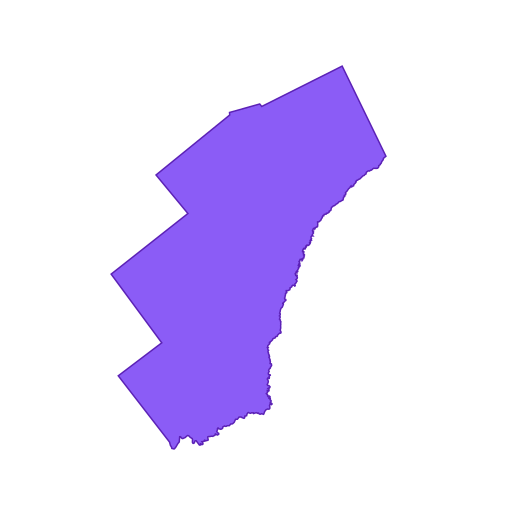 outline of La Paz, Mendoza, Argentina, rotated 52°
{"feature_id": "61730980B24308348826219", "entity_name": "La Paz", "entity_type": "district", "adm_level": 2, "iso_a3": "ARG", "parent_name": "Argentina", "parent_adm1": "Mendoza", "projection": "orthographic", "projection_center": [-66.916, -33.675], "detail": "fine", "context": "isolated", "style": "filled", "palette": "violet", "viewbox_px": 512, "rotation_deg": 52, "n_neighbors": 0, "source": "geoboundaries", "source_scale": "gbopen_adm2", "svg_char_len": 6153}
<svg xmlns="http://www.w3.org/2000/svg" viewBox="0 0 512 512"><g transform="rotate(52 256 256)"><path d="M181.1,381.3L266.4,383.7L265.6,438.3L349.4,438.7L352.7,440.1L354.4,440.2L355.8,440.8L357.6,439.4L357.7,438.8L357.2,436.7L355.7,433.0L355.3,431.0L351.4,427.4L351.6,427.0L352.1,426.7L353.3,426.8L354.3,426.6L354.8,426.1L355.5,423.3L355.3,422.4L355.3,420.5L356.2,419.7L358.4,419.5L360.6,418.7L361.5,419.0L363.6,420.8L364.8,421.0L365.2,420.6L365.3,419.6L364.2,418.1L364.4,417.3L364.7,416.9L370.1,417.0L370.9,415.9L370.7,415.5L370.0,415.5L369.8,415.3L371.5,414.4L371.5,413.5L370.6,413.0L369.0,412.9L369.6,412.1L369.7,411.3L370.3,410.5L369.5,410.0L369.5,409.8L370.8,409.2L371.6,407.3L371.5,406.9L369.0,405.6L368.8,405.2L369.3,404.1L369.9,403.6L370.4,402.3L371.6,401.0L371.6,400.2L372.0,398.9L371.9,398.5L371.2,397.7L371.3,397.4L372.4,397.2L373.4,396.5L373.5,395.3L373.4,394.9L372.7,394.6L372.1,394.9L370.2,395.0L369.1,393.3L368.4,392.8L368.1,391.8L368.5,391.6L369.1,391.8L370.9,390.4L371.2,389.4L371.2,388.4L370.3,387.5L370.5,385.6L371.5,384.9L371.9,384.3L372.0,383.2L373.3,381.4L372.8,379.4L373.7,378.1L373.8,377.4L373.6,375.5L372.1,372.7L373.2,371.1L372.5,368.5L373.7,366.9L374.1,366.6L374.6,366.6L376.5,365.4L376.6,364.9L375.8,363.7L375.3,363.4L376.1,361.7L375.1,360.6L374.5,358.8L374.6,358.4L376.1,357.6L376.7,357.0L376.8,356.0L377.9,354.7L378.2,355.0L378.6,355.0L379.6,352.3L380.9,351.6L380.9,351.0L382.7,350.6L383.5,349.7L383.6,348.8L385.4,347.5L384.8,346.3L384.0,345.1L383.3,343.0L383.7,341.1L384.7,340.1L384.7,339.1L383.6,338.1L382.1,337.4L381.4,336.1L382.6,335.5L382.6,334.9L382.5,334.4L381.6,334.4L380.5,335.2L380.1,334.8L380.1,334.2L379.8,333.6L379.1,333.1L377.9,333.4L377.1,332.5L376.4,333.2L375.9,333.4L375.7,333.1L376.0,332.1L375.8,331.7L375.4,331.5L374.4,331.8L374.1,332.2L374.1,333.0L373.3,333.0L373.1,332.7L372.2,332.2L371.3,332.6L370.8,332.6L370.6,330.9L369.1,330.0L369.3,329.7L369.9,329.7L370.2,329.3L370.2,328.7L369.7,328.6L368.6,327.4L367.8,328.3L367.7,327.8L368.2,326.1L367.6,325.4L367.0,325.5L366.1,325.6L365.3,326.4L364.3,326.4L363.0,324.1L362.4,323.5L361.0,322.9L360.4,323.1L359.8,322.7L359.4,321.6L359.9,321.1L360.4,321.2L360.6,320.9L359.8,320.1L359.0,319.9L358.7,319.5L358.8,318.2L358.3,318.0L357.0,319.0L355.8,318.4L355.1,316.7L353.8,316.4L353.1,314.7L353.3,314.2L353.0,313.5L352.6,313.2L351.9,311.1L350.5,310.3L349.4,311.1L348.1,309.7L347.0,309.4L346.9,309.0L346.3,308.7L345.5,308.7L344.9,308.2L343.9,308.2L343.5,307.2L342.7,307.2L342.4,306.6L340.7,306.4L340.2,305.8L338.9,305.6L338.1,304.6L338.0,304.1L337.1,304.3L336.2,303.9L335.9,303.3L335.2,303.3L335.4,302.7L334.8,302.8L333.9,301.9L333.5,299.2L333.2,298.9L332.6,298.9L332.4,298.5L332.7,297.9L332.3,297.4L332.5,296.8L332.4,295.7L332.2,294.5L331.6,293.6L331.8,292.6L332.3,291.6L332.2,291.0L331.7,290.4L331.8,289.7L332.3,288.9L332.2,288.3L331.6,287.7L331.4,286.0L331.4,284.7L332.0,284.1L331.9,283.8L331.4,283.1L329.4,282.6L328.0,280.9L325.7,279.2L325.1,278.5L323.9,277.8L323.4,277.1L323.0,276.8L322.0,276.8L321.4,276.2L320.2,276.4L319.1,274.6L318.3,274.2L317.6,274.4L317.3,273.3L316.8,272.7L316.2,272.4L315.6,272.6L314.6,271.1L313.6,270.1L312.6,268.5L312.5,266.8L312.1,266.1L310.9,264.1L310.6,263.9L309.9,264.2L309.7,264.0L309.6,262.1L309.3,261.1L309.4,259.9L308.9,259.7L308.8,259.4L308.5,259.3L307.6,259.9L306.7,259.4L306.3,258.5L305.2,257.4L304.8,256.7L303.7,255.8L303.6,255.2L303.9,254.7L303.6,254.1L302.2,253.8L301.9,253.5L302.9,252.2L303.4,250.2L302.7,249.2L302.1,249.0L302.3,246.9L301.7,246.2L301.9,245.5L301.7,244.9L302.8,243.9L303.5,244.0L303.6,243.5L303.3,243.2L302.8,243.2L302.0,242.5L301.8,240.9L301.3,240.2L301.2,239.3L300.2,238.8L299.2,239.1L298.9,237.2L298.2,236.5L297.3,236.5L297.1,235.9L296.5,235.4L296.2,235.6L296.1,236.5L295.8,236.7L295.3,236.2L294.5,236.2L294.0,235.9L293.8,235.1L294.5,234.3L293.1,233.8L293.2,233.5L294.0,233.0L294.0,232.7L293.0,232.5L293.1,232.2L292.3,231.2L292.2,230.4L291.4,229.2L291.1,229.3L291.2,227.9L290.8,227.6L290.4,226.9L289.7,226.8L290.3,227.7L290.2,228.1L289.5,228.5L288.6,227.0L288.7,225.9L286.8,225.5L286.7,225.0L287.0,224.8L286.8,224.2L286.2,224.0L285.8,223.3L286.4,222.6L286.4,222.0L286.6,221.7L287.1,222.3L288.0,222.6L287.6,221.3L286.7,220.5L287.0,219.4L286.0,218.6L285.7,217.8L284.5,217.9L284.6,217.1L283.0,217.1L282.4,216.6L282.6,216.2L282.3,215.7L281.7,215.8L281.7,216.2L281.2,216.6L280.1,215.6L280.1,215.0L279.5,214.2L279.4,213.7L279.7,213.0L280.0,212.8L280.4,213.3L280.7,212.8L279.9,211.7L280.0,211.2L279.7,210.9L278.9,210.8L278.9,210.6L279.3,210.4L279.4,209.9L278.8,209.6L278.8,209.0L279.9,208.2L279.9,206.7L279.5,206.3L279.4,205.5L279.1,205.2L278.7,205.6L278.4,205.5L278.8,204.7L277.9,203.9L277.4,204.1L277.1,203.8L277.6,203.0L277.7,202.6L276.8,202.6L276.6,201.6L275.6,201.5L274.7,200.7L274.5,199.7L275.2,198.8L274.1,198.9L273.7,198.2L273.3,196.6L272.8,196.3L272.2,196.5L271.9,196.2L271.8,195.5L271.2,196.0L270.7,195.8L270.7,195.4L270.1,194.7L269.7,193.8L270.8,193.4L270.9,192.7L270.1,192.2L270.4,191.6L270.3,190.5L270.7,190.2L270.7,189.4L269.5,188.2L267.1,186.5L267.6,186.0L267.6,185.4L267.9,184.9L267.7,183.6L267.8,183.1L266.8,181.2L266.6,180.1L265.9,179.6L265.9,179.1L265.4,178.4L266.0,177.8L265.2,176.7L266.2,174.8L265.7,174.2L266.2,173.7L266.5,172.1L266.4,171.2L265.9,171.0L265.7,170.5L266.0,170.2L266.1,168.9L264.2,166.6L264.3,165.1L264.1,164.2L264.6,163.3L264.6,161.4L264.4,160.9L264.7,160.1L264.7,158.6L264.4,157.8L264.5,156.8L265.0,155.9L265.1,154.1L265.5,153.3L264.9,152.2L263.6,150.9L263.7,149.5L262.6,149.1L262.9,147.8L262.2,146.8L261.3,146.7L261.1,145.9L260.9,144.3L260.0,141.6L260.0,140.1L259.9,139.6L259.6,139.3L259.3,137.9L260.5,138.0L260.4,137.2L260.8,135.9L259.9,134.8L259.7,132.8L259.3,131.6L258.6,131.4L258.7,130.8L258.4,130.2L258.8,129.3L258.8,127.9L259.2,126.8L258.7,122.4L259.1,121.1L258.8,119.8L259.1,118.9L257.9,117.4L258.0,115.6L258.3,114.7L258.9,114.3L259.0,112.6L259.4,112.2L259.2,109.5L261.3,106.9L261.7,106.1L261.6,105.4L261.3,104.3L260.4,103.7L260.5,101.7L259.9,101.1L260.0,100.3L259.0,98.7L258.5,96.6L257.5,95.4L257.4,92.2L159.4,71.2L141.7,159.4L138.5,159.5L126.6,188.5L128.7,189.9L130.6,284.9L180.6,283.5L181.1,381.3Z" fill="#8b5cf6" stroke="#5b21b6" stroke-width="1.5"/></g></svg>